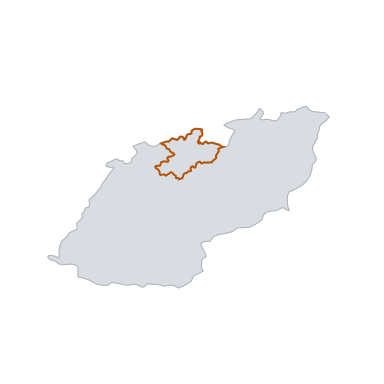 where Královéhradecký sits in Czechia, rotated 325°
{"feature_id": "CZE-1598", "entity_name": "Královéhradecký", "entity_type": "Region", "adm_level": 1, "iso_a3": "CZE", "parent_name": "Czechia", "parent_adm1": "", "projection": "natural_earth1", "projection_center": [15.778, 50.402], "detail": "fine", "context": "in_parent", "style": "outline", "palette": "amber", "viewbox_px": 384, "rotation_deg": 325, "n_neighbors": 0, "source": "natural_earth", "source_scale": "10m", "svg_char_len": 6339}
<svg xmlns="http://www.w3.org/2000/svg" viewBox="0 0 384 384"><g transform="rotate(325 192 192)"><path d="M347.5,209.3L346.3,209.4L343.7,210.3L340.3,210.6L336.6,210.4L333.7,212.0L331.1,214.6L328.3,216.4L326.8,217.9L326.0,219.6L316.6,224.2L315.3,226.2L314.3,228.8L313.9,232.4L313.2,235.6L311.6,237.3L306.5,238.8L305.3,239.5L304.3,241.2L301.5,243.7L298.2,246.1L292.0,248.8L285.4,249.7L276.8,248.8L271.7,247.7L269.3,248.9L265.9,252.4L262.3,258.6L260.9,263.2L259.7,261.9L257.6,257.0L255.3,256.4L252.1,255.9L249.7,255.2L244.5,252.4L241.8,251.5L238.8,251.3L235.8,253.0L233.6,254.9L226.8,254.9L219.2,254.0L208.5,247.5L205.7,247.4L202.7,247.7L198.0,246.2L188.9,242.0L184.6,241.0L181.9,241.6L179.4,242.5L177.7,242.6L176.7,241.3L173.3,239.6L169.9,239.4L168.9,240.4L167.7,249.7L166.6,253.0L161.9,252.8L160.2,254.4L156.5,258.9L155.8,263.2L149.4,262.4L146.4,261.6L143.7,262.2L140.7,264.6L132.5,264.4L125.9,263.0L123.2,257.7L120.2,255.6L116.4,253.7L115.1,253.3L113.1,250.4L109.2,246.8L102.8,241.8L97.9,242.1L96.1,240.8L95.3,239.0L93.2,235.9L90.9,233.7L88.1,232.9L84.1,230.1L78.8,224.1L73.9,219.9L69.1,220.0L66.1,217.8L63.0,215.0L60.8,212.2L57.4,205.5L54.9,201.7L52.9,199.3L50.7,197.3L49.9,195.8L52.7,192.2L53.7,190.4L54.9,189.1L55.6,187.6L55.6,186.6L53.2,183.0L49.8,180.5L44.9,177.9L41.8,174.7L40.7,171.7L40.4,170.1L38.2,167.9L36.5,164.6L36.6,162.7L37.0,162.1L38.7,162.1L40.5,163.5L43.0,166.0L45.1,169.7L46.4,168.3L48.9,164.3L53.3,159.8L57.8,157.3L61.8,157.1L65.0,156.3L67.8,155.1L72.5,155.6L75.9,156.5L77.0,155.9L78.4,153.6L79.4,151.6L86.9,150.4L89.6,146.5L91.0,146.5L92.7,145.9L94.4,144.5L95.9,143.9L97.1,144.6L98.7,145.1L100.4,144.1L102.9,139.7L104.3,139.0L111.0,138.3L120.0,135.7L124.6,133.3L129.1,132.1L134.0,129.8L141.7,127.6L142.1,126.7L138.5,124.4L137.3,123.0L136.5,121.6L137.8,119.9L139.5,119.4L141.6,120.1L148.1,121.1L149.8,122.0L150.4,124.3L152.1,126.4L153.4,126.7L152.9,130.1L154.9,131.5L157.9,132.5L159.9,132.3L161.3,130.9L161.9,129.9L165.8,129.8L169.8,128.3L170.2,125.9L169.9,121.5L170.3,120.8L176.4,122.1L182.5,124.1L183.3,128.5L184.9,130.7L186.8,132.7L188.7,133.6L191.9,133.8L200.1,136.4L204.1,136.9L208.2,138.8L211.6,140.6L214.1,141.0L215.3,143.1L216.8,144.5L219.5,143.4L229.4,141.9L233.0,143.9L235.4,146.0L235.8,146.7L234.5,148.6L233.9,150.0L232.9,151.0L229.5,152.0L227.5,153.7L226.2,155.5L227.1,157.2L229.9,158.5L231.9,158.8L232.6,160.1L238.9,165.8L244.0,173.2L245.9,174.4L247.8,174.7L249.9,173.6L252.4,171.2L255.3,169.4L257.7,168.5L262.0,166.5L262.2,165.1L258.6,160.1L256.4,156.0L256.9,155.3L261.6,155.9L269.5,158.2L281.6,165.4L283.8,165.4L288.0,164.9L292.6,163.7L294.8,162.3L295.6,162.8L296.4,166.8L295.2,169.0L289.7,171.2L290.0,172.2L291.4,173.6L293.9,174.5L297.0,177.1L299.1,180.0L300.9,181.4L302.9,182.1L307.9,180.5L309.4,179.2L310.0,178.3L311.0,178.5L312.7,180.0L313.3,180.9L318.2,182.5L321.0,184.5L322.8,185.5L324.8,184.6L332.6,186.2L334.7,187.5L335.4,189.8L335.1,191.2L336.3,194.7L346.2,203.2L347.3,207.5L347.5,209.3Z" fill="#d9dde1" stroke="#a8b0b8" stroke-width="1"/><path d="M194.5,134.4L200.0,136.0L200.5,136.3L201.2,137.0L201.5,137.3L202.0,137.4L205.8,136.7L206.9,136.8L207.0,137.2L207.2,137.5L209.5,140.7L209.8,140.8L211.1,140.8L213.8,139.9L214.5,140.0L215.2,140.5L215.8,141.4L216.2,142.2L216.4,143.0L216.3,143.7L215.6,144.2L215.6,144.4L215.5,144.6L215.6,144.9L217.6,144.6L220.4,142.4L222.4,142.5L223.8,143.5L224.5,143.7L225.3,143.6L225.9,143.0L226.2,142.2L226.5,141.7L227.1,141.6L228.8,141.6L230.3,141.9L231.7,142.5L235.6,145.9L236.0,147.0L234.6,147.5L234.8,148.0L234.6,148.3L234.4,148.7L234.4,149.0L234.3,149.4L234.3,149.8L234.4,149.7L234.1,150.2L233.1,150.9L232.7,151.4L231.9,151.6L230.4,151.2L229.7,151.4L229.3,152.2L228.7,152.7L227.8,153.1L227.1,153.5L226.9,153.6L226.5,153.8L226.2,153.9L226.4,154.5L226.5,154.7L225.6,154.5L225.2,155.5L225.7,156.5L227.1,156.7L227.7,158.2L228.0,158.6L228.6,159.0L228.9,158.9L229.2,158.7L229.8,158.5L231.9,158.5L232.3,158.7L232.6,159.2L232.7,159.7L232.6,160.3L232.7,160.8L233.6,161.7L235.6,162.3L236.6,162.9L237.3,163.6L238.5,165.4L239.1,166.1L239.7,167.0L241.1,168.2L241.6,169.3L242.2,171.3L242.6,172.1L243.4,172.9L238.5,171.6L238.3,171.7L238.1,171.9L238.0,172.2L237.9,172.6L237.8,173.4L237.7,173.7L237.4,174.0L232.7,175.9L232.4,176.1L232.2,176.3L232.0,177.1L231.8,177.4L231.6,177.7L231.3,177.9L230.7,178.1L226.6,178.5L225.9,178.7L225.2,179.1L223.4,177.8L222.9,177.7L222.7,177.6L221.9,176.9L221.8,176.7L221.4,176.7L220.8,176.4L220.3,176.0L219.8,175.5L219.5,174.9L219.2,174.7L216.6,174.3L216.2,174.0L216.0,173.7L215.9,173.3L215.9,172.1L215.8,171.8L215.7,171.6L215.4,171.4L214.2,171.1L212.2,171.2L211.8,171.3L208.9,173.7L208.6,173.8L208.4,173.8L208.2,173.6L208.0,173.4L207.7,172.8L207.3,171.3L207.1,171.1L206.9,171.0L204.6,171.5L204.3,171.8L204.1,172.2L203.5,173.8L203.3,174.0L203.0,174.1L202.6,174.0L200.7,173.0L200.5,172.9L199.1,173.3L198.4,173.3L196.6,172.5L195.9,172.6L195.0,172.9L192.2,175.1L191.9,175.1L189.3,174.3L189.5,174.2L189.4,173.9L189.2,173.6L188.6,172.8L188.2,172.4L187.8,172.1L187.1,171.7L186.9,171.4L186.9,171.1L187.0,170.9L187.7,170.2L187.9,170.0L188.0,169.9L188.0,169.6L188.0,169.3L187.2,167.6L187.1,167.0L186.9,166.5L186.9,165.7L186.8,164.7L186.6,164.4L186.4,164.0L186.1,163.7L185.7,163.6L185.4,163.6L183.5,163.8L182.3,163.6L181.8,163.5L181.0,163.7L180.7,163.7L180.3,163.7L180.1,163.6L179.8,163.4L179.7,163.1L179.5,162.4L179.4,161.9L179.0,161.4L178.7,161.2L178.4,161.0L176.1,160.2L175.9,159.9L175.9,159.5L175.9,158.7L176.1,158.2L176.2,157.9L176.6,157.5L177.0,156.9L177.1,156.6L177.2,156.1L177.2,155.5L176.8,153.1L176.7,152.9L176.5,152.6L176.2,152.1L176.1,151.8L176.1,151.3L176.3,151.0L176.5,150.8L176.6,150.6L176.6,150.4L176.5,150.2L176.8,150.0L177.0,150.0L178.0,150.2L180.5,151.9L180.8,152.0L181.1,152.1L181.4,152.0L183.4,150.1L183.8,150.0L184.3,150.0L186.3,150.7L187.2,151.2L188.6,152.7L189.3,153.2L189.6,153.3L189.9,153.3L190.2,153.3L190.5,153.1L190.7,152.8L190.8,152.3L191.0,150.5L191.1,150.2L191.4,150.0L192.6,149.7L192.8,149.6L193.1,149.7L193.4,149.8L194.3,150.6L194.8,150.9L198.4,151.4L198.7,151.4L199.0,151.2L199.1,150.9L199.2,150.5L199.2,150.1L199.1,149.8L197.5,146.8L197.5,146.6L197.4,146.4L197.8,145.1L197.8,144.8L197.8,144.4L197.7,144.1L197.6,143.7L197.4,143.4L196.8,142.8L196.6,142.4L196.4,141.9L196.4,140.7L196.4,140.2L196.6,139.7L196.7,139.4L196.8,139.1L196.7,138.6L195.2,136.1L194.5,134.4Z" fill="none" stroke="#b45309" stroke-width="2"/></g></svg>